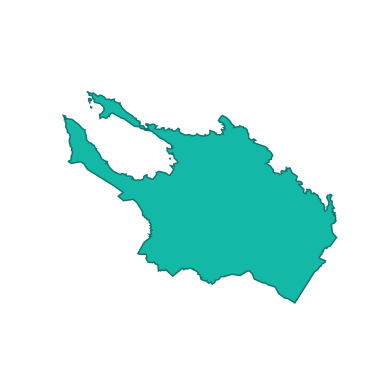 Rizal, Rizal, Philippines, rotated 127°
{"feature_id": "2640588B36426397400836", "entity_name": "Rizal", "entity_type": "district", "adm_level": 2, "iso_a3": "PHL", "parent_name": "Philippines", "parent_adm1": "Rizal", "projection": "robinson", "projection_center": [121.216, 14.557], "detail": "fine", "context": "isolated", "style": "filled", "palette": "teal", "viewbox_px": 384, "rotation_deg": 127, "n_neighbors": 0, "source": "geoboundaries", "source_scale": "gbopen_adm2", "svg_char_len": 6096}
<svg xmlns="http://www.w3.org/2000/svg" viewBox="0 0 384 384"><g transform="rotate(127 192 192)"><path d="M110.6,78.2L110.7,80.3L111.7,80.2L113.1,81.7L115.3,81.1L117.6,76.6L120.7,74.6L122.3,75.4L124.3,73.7L127.2,74.2L126.3,76.1L124.8,76.4L122.3,79.8L123.0,81.7L121.6,84.3L120.8,84.4L120.5,87.3L119.3,88.7L119.1,90.5L119.3,94.2L121.3,94.9L121.0,96.5L119.5,97.7L119.2,99.4L120.9,101.8L121.9,100.1L123.3,101.0L124.6,99.6L125.5,102.6L122.6,104.2L121.9,111.3L120.0,108.9L119.2,108.7L118.3,110.3L118.5,112.2L120.3,114.5L120.2,116.0L116.2,117.4L116.5,123.4L113.9,128.4L115.7,129.7L115.7,131.4L116.3,131.0L116.3,129.8L117.4,130.4L118.2,129.1L118.8,130.4L119.8,130.1L120.9,133.2L122.5,133.0L122.8,131.2L125.3,132.4L125.1,134.1L127.2,137.9L127.0,139.6L125.4,140.2L124.1,145.5L124.8,150.4L121.9,148.5L119.9,149.8L118.1,148.3L116.0,149.6L114.8,149.2L113.3,151.3L112.6,154.5L113.1,157.3L111.7,157.7L111.8,160.9L115.7,172.9L113.9,173.2L112.5,172.2L112.4,174.7L114.8,175.3L115.0,179.0L111.2,182.2L111.6,182.8L109.3,185.2L108.8,188.0L109.9,188.9L109.1,190.2L109.9,190.9L110.4,193.8L111.2,193.6L115.3,197.3L114.0,197.8L113.4,203.1L113.0,203.0L112.3,205.2L111.9,209.3L112.6,213.5L113.6,214.1L118.9,214.0L118.9,211.9L120.0,212.9L118.7,210.3L118.4,207.5L118.9,207.1L119.6,207.8L119.4,205.9L120.6,204.9L121.6,205.6L121.6,203.6L122.7,203.3L124.3,205.6L124.1,206.8L125.8,202.9L126.7,203.1L127.1,202.3L127.3,203.1L129.0,203.2L131.1,206.5L131.3,207.6L130.6,207.9L131.3,208.4L130.6,209.7L132.1,214.7L134.0,213.1L135.8,212.8L138.5,214.5L138.1,216.6L139.0,215.4L140.3,216.1L142.4,220.3L142.5,223.0L143.7,222.8L145.9,224.4L147.5,226.8L147.6,228.5L150.5,231.4L151.8,237.0L150.7,239.6L149.5,239.7L149.5,241.4L153.6,242.0L154.8,244.3L154.1,245.7L155.7,247.7L155.0,248.6L159.0,250.0L159.1,251.9L157.5,253.1L159.4,254.9L160.4,254.2L163.7,258.9L163.6,259.9L160.4,259.8L161.3,261.1L160.5,262.3L161.4,264.1L164.3,266.2L164.2,267.7L165.5,268.4L164.7,269.0L165.2,269.7L166.0,269.4L165.8,266.7L167.3,265.7L168.1,263.4L168.1,261.6L167.1,259.8L168.1,258.6L167.5,257.4L168.2,250.4L167.2,246.1L167.2,240.5L166.7,238.7L167.1,236.3L168.5,235.0L167.6,234.8L168.2,233.7L171.1,235.3L171.7,238.4L174.0,236.7L175.1,233.0L174.2,231.8L172.7,231.6L172.5,230.5L173.0,230.1L174.3,231.5L173.5,230.3L173.6,229.0L175.6,226.3L176.1,222.3L177.3,220.9L180.5,223.4L182.3,221.6L183.8,224.9L184.9,220.2L191.8,219.5L192.6,220.7L192.7,224.5L195.4,230.8L198.2,232.1L199.2,230.8L205.0,230.8L206.3,232.4L206.1,233.5L207.2,236.1L206.6,237.8L205.5,238.1L205.8,238.8L208.3,239.8L210.9,238.6L213.9,240.5L215.0,242.6L216.2,243.2L217.0,245.8L216.6,247.0L218.5,248.2L216.5,247.2L216.0,248.6L216.2,250.4L218.6,253.8L218.5,255.0L217.4,255.4L218.6,256.5L219.3,259.0L221.4,259.9L222.8,267.1L221.9,273.1L220.0,277.0L220.7,277.7L218.8,277.8L218.8,278.4L220.3,278.8L219.3,278.8L219.9,284.0L217.3,288.6L216.0,294.0L214.9,294.5L215.3,295.5L213.7,298.2L214.1,300.2L213.6,301.8L214.5,303.4L213.9,307.4L210.8,310.2L208.6,313.7L206.8,314.7L207.4,317.6L206.3,322.8L206.2,331.4L208.5,335.6L210.1,336.7L211.4,336.2L212.6,335.0L212.8,333.8L215.9,332.2L217.9,328.4L219.2,327.6L219.2,325.2L220.6,322.9L224.5,321.2L227.2,318.7L227.4,317.5L228.6,317.0L229.1,314.2L231.1,313.4L231.5,312.1L233.7,310.4L235.9,310.2L236.5,309.1L237.6,309.1L239.0,308.0L239.8,307.9L241.1,308.9L241.6,309.1L242.1,309.0L241.9,305.6L235.0,299.4L234.4,295.4L236.8,289.1L234.1,259.0L233.7,246.8L239.8,248.3L240.1,241.4L233.3,234.5L233.6,229.5L237.4,219.9L240.4,217.3L239.9,216.6L240.8,214.5L240.4,212.0L241.1,211.3L240.1,209.1L241.8,208.0L242.4,205.4L244.1,205.3L244.2,203.9L246.4,203.4L246.5,200.8L247.9,201.8L250.2,198.9L251.4,200.4L251.3,199.6L252.8,199.4L252.4,198.3L253.2,198.7L253.3,198.0L260.8,199.9L273.7,198.2L273.5,196.8L269.7,191.7L269.5,190.4L271.2,188.8L272.8,188.8L274.5,184.7L272.1,181.0L270.7,180.3L271.5,177.9L270.5,175.6L275.2,171.3L274.2,171.1L273.9,169.6L272.5,169.4L271.8,167.3L270.5,166.2L269.8,166.6L270.8,156.7L258.6,153.8L258.9,151.6L257.1,151.2L256.3,149.4L253.5,147.8L253.5,145.1L252.7,144.4L253.2,143.3L252.6,142.1L252.6,138.5L254.1,137.8L253.2,136.2L254.9,134.0L254.4,132.6L255.9,133.0L256.3,131.9L255.0,127.7L253.6,126.9L254.7,125.7L254.7,123.5L252.6,122.7L253.5,120.5L250.5,119.5L248.4,120.1L245.8,118.1L242.2,117.8L240.2,115.4L233.8,110.7L229.6,103.2L221.9,100.3L220.5,98.6L221.2,94.2L224.0,90.0L221.9,80.7L220.5,78.6L220.1,74.3L218.1,70.0L218.0,68.0L221.0,61.3L220.8,54.1L219.4,51.2L218.6,43.1L182.4,46.1L177.8,44.8L175.3,45.1L173.5,44.4L171.9,45.0L167.8,43.4L166.6,43.9L168.1,49.6L167.5,51.2L163.4,50.9L161.5,52.1L160.6,51.2L159.2,52.2L156.3,51.9L156.0,50.4L154.1,50.5L152.0,49.1L141.3,49.2L140.2,55.2L134.4,60.8L133.2,61.0L131.0,59.6L128.3,59.7L128.0,61.0L127.1,61.0L125.7,62.1L125.1,63.7L124.5,63.5L124.9,65.3L123.6,64.7L123.7,66.4L123.0,65.2L122.4,65.5L123.6,67.5L123.4,68.4L122.4,67.9L120.7,70.0L119.9,68.7L119.1,68.6L118.5,71.9L115.4,74.3L114.9,75.1L115.5,75.6L113.9,77.7L110.6,78.2ZM174.1,277.4L171.6,273.2L172.1,270.9L170.7,268.6L170.9,266.6L169.1,263.7L168.6,266.3L169.7,267.4L168.5,270.4L170.0,273.9L169.7,274.8L167.9,274.8L167.8,275.9L167.0,276.2L167.9,278.7L167.9,280.2L167.0,280.4L166.9,281.4L167.7,282.3L167.1,284.9L167.6,293.1L166.8,299.2L165.7,300.4L165.4,302.6L164.2,302.8L165.5,304.8L166.2,307.9L166.0,309.0L164.6,309.8L166.2,311.5L167.7,311.6L167.4,313.5L169.8,316.5L169.0,318.7L169.3,322.2L169.9,323.5L172.3,324.9L172.3,330.4L173.2,330.6L174.2,332.6L175.0,336.3L175.3,334.0L176.6,332.3L175.2,329.4L176.8,327.7L176.9,325.6L178.3,325.0L178.9,323.5L176.7,318.7L177.3,313.4L179.7,311.4L183.7,311.4L185.6,312.6L188.6,309.7L185.7,308.7L185.1,305.5L184.1,304.5L183.0,304.7L181.5,303.6L180.6,304.5L179.2,303.7L178.4,304.3L176.7,303.1L175.4,293.1L174.4,290.3L174.1,277.4ZM181.5,328.9L179.4,327.5L178.4,328.0L178.9,330.2L180.0,330.6L181.5,328.9ZM208.3,340.9L209.1,339.8L208.7,337.1L207.6,338.8L208.3,340.9ZM210.5,337.7L209.5,337.4L209.4,338.3L210.5,337.7ZM184.9,324.1L185.5,323.5L185.5,323.0L184.7,323.1L184.9,324.1ZM178.5,229.8L179.3,229.0L178.2,229.5L178.5,229.8ZM182.0,327.4L182.4,327.3L182.5,326.6L182.0,327.4Z" fill="#14b8a6" stroke="#0f766e" stroke-width="1.5"/></g></svg>